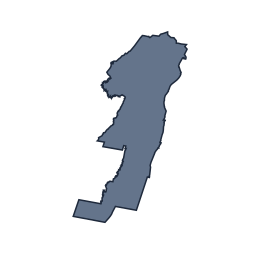 Valles pag., Vecumnieku, Latvia (Natural Earth projection), rotated 117°
{"feature_id": "27541924B9104709044918", "entity_name": "Valles pag.", "entity_type": "district", "adm_level": 2, "iso_a3": "LVA", "parent_name": "Latvia", "parent_adm1": "Vecumnieku", "projection": "natural_earth1", "projection_center": [24.836, 56.515], "detail": "fine", "context": "isolated", "style": "filled", "palette": "slate", "viewbox_px": 256, "rotation_deg": 117, "n_neighbors": 0, "source": "geoboundaries", "source_scale": "gbopen_adm2", "svg_char_len": 5866}
<svg xmlns="http://www.w3.org/2000/svg" viewBox="0 0 256 256"><g transform="rotate(117 128 128)"><path d="M231.6,136.7L222.5,105.7L216.8,104.2L214.2,103.7L212.2,103.5L209.9,103.7L203.6,103.6L197.5,83.2L162.9,88.5L162.4,86.5L161.5,86.8L161.6,87.1L161.4,87.1L161.4,87.3L160.2,87.3L152.7,90.1L151.3,91.3L148.3,91.9L138.2,92.8L138.0,93.0L135.2,92.7L133.3,92.2L132.0,92.2L131.9,91.7L131.7,91.9L130.5,91.8L129.2,92.1L128.7,91.9L127.5,91.9L127.3,91.7L126.2,91.8L126.5,92.9L125.5,93.1L124.3,93.0L123.8,93.4L118.7,94.5L116.1,94.8L113.7,95.6L110.6,97.0L109.5,97.1L106.8,98.1L106.5,98.6L105.6,98.6L104.5,98.2L104.2,98.3L104.2,98.6L104.8,100.1L103.1,99.9L101.2,100.1L100.9,100.6L95.6,101.7L93.1,104.8L92.2,105.3L92.2,105.5L89.5,107.3L87.9,108.0L87.1,108.0L84.7,109.1L82.0,109.6L79.7,109.1L78.6,109.0L76.9,108.7L76.1,109.2L75.3,109.0L71.8,109.5L69.6,109.2L63.2,106.3L60.5,105.5L57.8,105.2L55.8,105.4L55.5,106.0L54.4,105.9L53.1,107.6L50.5,110.1L50.7,110.3L49.6,111.2L47.9,111.3L47.4,111.5L40.8,111.2L39.9,110.1L40.9,109.7L40.4,107.9L39.2,108.1L38.4,108.6L36.8,111.1L31.1,111.1L30.8,111.3L29.7,114.3L27.1,113.8L28.9,118.5L29.7,121.9L30.5,123.4L28.3,124.6L27.1,127.4L26.7,128.0L27.9,130.9L26.8,135.0L24.4,136.3L27.7,139.4L29.6,141.5L32.1,142.1L34.2,148.0L37.2,149.3L37.6,149.8L37.0,151.0L37.3,151.1L38.5,155.7L39.1,157.2L41.3,157.6L41.4,157.8L52.0,159.5L58.6,161.0L59.1,161.7L62.4,162.8L62.6,164.2L65.1,164.7L66.4,166.1L69.0,166.7L69.9,167.3L73.8,168.7L74.8,170.9L77.3,172.8L78.0,172.7L78.0,172.3L76.9,172.0L76.0,171.3L76.0,171.0L76.8,170.6L77.6,170.6L77.5,171.0L78.7,172.0L80.8,171.1L83.1,171.2L87.9,172.2L89.3,170.1L89.8,168.1L90.2,167.3L91.5,165.8L92.1,166.2L92.0,166.4L92.7,166.5L92.4,167.1L92.1,167.0L92.0,166.5L91.6,166.7L91.7,167.0L92.6,167.8L93.9,168.1L95.0,168.1L95.9,167.8L94.7,167.2L94.9,166.9L96.8,167.4L97.0,167.6L96.9,167.7L96.5,167.8L97.3,168.3L96.4,168.5L96.3,168.8L97.1,169.0L97.2,169.3L96.9,169.7L97.6,169.8L97.6,170.1L97.1,170.3L97.8,170.9L98.6,170.5L99.2,170.8L99.5,170.3L99.9,170.3L100.0,170.4L99.8,171.0L100.8,170.5L101.5,171.3L102.0,171.3L102.0,171.0L101.5,170.6L101.4,170.3L102.7,170.0L102.9,169.7L101.7,169.7L101.6,169.4L102.6,168.8L102.9,169.3L103.5,169.3L103.3,168.4L103.9,168.2L104.1,166.8L104.3,166.8L104.2,167.0L104.4,167.1L105.0,166.6L104.3,166.5L104.2,166.3L105.3,166.1L105.0,165.9L104.9,165.6L104.4,165.7L103.9,165.3L104.5,165.1L104.2,164.6L104.5,164.3L105.1,164.8L105.4,164.7L105.4,164.2L104.9,163.8L105.1,163.2L104.8,163.0L105.0,162.9L105.5,163.1L105.8,162.9L105.4,162.7L106.0,162.6L105.9,162.3L106.0,162.2L106.9,161.6L107.2,161.2L107.1,160.7L107.9,160.7L108.1,161.0L108.8,160.1L108.4,160.0L108.4,159.6L108.9,159.9L109.1,159.4L108.6,159.5L108.4,159.2L109.0,158.9L108.0,158.5L108.6,158.4L108.1,158.0L108.1,157.8L108.7,158.0L109.0,157.6L108.9,157.1L108.3,157.4L108.1,157.2L108.3,156.8L108.8,156.9L108.3,156.5L108.6,156.3L107.8,156.3L107.9,156.0L107.6,156.0L107.3,156.2L107.4,156.5L107.1,156.6L106.9,156.4L107.0,156.1L106.9,156.1L106.0,156.1L105.8,155.8L106.7,155.8L106.9,155.7L105.9,155.4L105.6,155.5L105.2,155.2L105.9,155.1L105.3,154.6L105.6,154.6L105.4,154.4L105.7,154.0L103.9,152.8L103.7,151.1L104.4,151.0L104.0,149.4L103.2,149.8L102.1,149.0L101.9,148.7L101.4,148.6L101.1,148.1L101.1,147.9L101.3,147.9L101.2,146.6L101.6,144.7L102.6,144.3L103.0,144.4L102.9,144.2L105.8,144.0L106.7,144.1L108.2,143.6L108.9,143.8L112.0,143.7L112.7,144.0L113.3,143.7L114.0,143.9L114.4,143.6L115.1,143.6L116.2,144.1L117.0,144.0L116.9,144.2L117.2,144.4L119.1,144.5L120.1,144.2L120.4,143.6L121.2,143.5L121.3,143.1L121.8,143.3L123.7,143.1L124.5,143.4L125.0,143.9L124.9,144.1L126.0,145.2L126.8,145.0L126.9,144.6L127.4,144.5L128.1,143.9L128.7,144.1L129.3,143.6L129.4,143.3L130.5,143.1L130.8,142.7L131.1,142.6L131.8,142.8L132.0,143.2L132.5,143.1L134.2,144.3L134.9,144.3L135.5,144.7L135.8,144.7L137.5,145.3L137.8,145.1L138.6,145.8L140.1,146.2L142.4,146.4L143.2,147.5L143.4,147.3L144.0,147.6L144.4,147.4L145.1,147.8L145.4,147.6L146.8,147.7L149.9,149.8L150.3,149.4L151.8,149.1L152.9,149.3L153.4,149.5L151.3,142.6L156.0,141.9L150.2,123.0L145.6,123.8L145.1,121.8L145.6,121.7L146.5,121.3L147.3,121.3L147.1,121.1L147.7,120.8L147.8,120.6L147.6,120.4L147.9,120.4L148.8,120.2L149.7,120.4L156.7,118.3L159.3,118.3L159.5,118.2L159.5,117.7L159.9,117.2L160.1,117.6L160.4,117.6L160.6,117.3L161.3,117.4L161.5,117.0L161.9,117.3L162.5,116.8L163.2,117.1L163.2,116.8L163.4,116.8L163.6,116.6L163.7,116.9L164.3,116.9L164.2,116.6L164.5,116.5L164.6,116.8L164.9,116.5L165.2,116.9L165.4,116.5L166.0,116.7L166.4,116.9L166.7,116.7L167.1,117.0L167.5,116.6L167.8,116.5L167.6,116.8L168.1,116.9L168.7,116.4L168.8,116.8L169.2,116.8L169.3,117.1L169.6,116.7L169.8,116.8L169.8,117.0L170.0,116.9L170.5,117.1L170.8,116.9L171.4,117.0L171.1,117.2L171.3,117.4L171.8,117.5L171.8,117.1L173.0,117.6L173.3,117.0L172.6,116.8L173.0,116.4L173.5,116.4L173.0,116.2L173.2,115.9L173.8,116.1L174.7,115.8L174.9,116.0L175.4,116.5L175.4,116.2L176.0,116.2L176.2,115.9L176.7,116.1L176.9,116.6L176.6,116.9L176.8,117.1L177.1,117.2L176.8,117.0L177.2,116.8L177.5,116.9L177.5,117.2L178.9,117.0L179.5,117.3L179.5,117.5L179.9,117.9L182.7,117.1L183.6,119.7L183.5,120.3L183.7,119.8L184.0,120.0L184.0,120.3L185.2,120.6L185.1,120.9L185.2,121.2L185.9,121.6L186.3,121.2L187.5,121.5L188.0,121.4L187.9,121.6L188.4,122.0L189.1,121.7L189.6,121.9L191.9,119.4L192.8,119.5L193.8,118.9L195.1,118.8L195.3,119.5L195.8,120.4L195.2,120.4L194.2,121.1L194.4,121.4L194.6,120.9L194.7,121.2L195.3,120.9L195.6,121.1L195.4,121.2L195.3,121.4L195.5,121.5L196.2,121.3L196.1,121.2L196.7,121.2L196.8,121.1L196.5,120.8L197.0,120.7L198.4,120.6L198.3,120.3L199.3,120.0L199.1,119.8L200.5,119.3L200.3,119.2L201.7,119.1L201.8,119.4L203.1,118.9L204.6,117.8L204.8,117.8L205.1,118.2L205.1,118.5L205.4,119.0L205.7,118.9L205.8,118.6L206.3,118.7L206.6,118.4L206.5,118.1L207.0,117.8L207.8,117.7L214.2,139.2L231.6,136.7Z" fill="#64748b" stroke="#1e293b" stroke-width="1.5"/></g></svg>